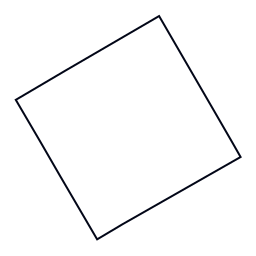 Orange, Indiana, United States of America (Natural Earth projection), rotated 330°
{"feature_id": "52423323B3825841666774", "entity_name": "Orange", "entity_type": "district", "adm_level": 2, "iso_a3": "USA", "parent_name": "United States of America", "parent_adm1": "Indiana", "projection": "natural_earth1", "projection_center": [-86.529, 38.541], "detail": "fine", "context": "isolated", "style": "outline", "palette": "ink", "viewbox_px": 256, "rotation_deg": 330, "n_neighbors": 0, "source": "geoboundaries", "source_scale": "gbopen_adm2", "svg_char_len": 287}
<svg xmlns="http://www.w3.org/2000/svg" viewBox="0 0 256 256"><g transform="rotate(330 128 128)"><path d="M44.9,47.5L45.2,96.0L45.2,136.1L45.6,209.0L75.2,208.6L211.0,209.4L211.1,193.4L211.1,159.1L210.9,46.6L102.4,47.0L44.9,47.5Z" fill="none" stroke="#020617" stroke-width="2"/></g></svg>